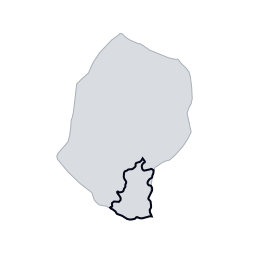 location of Quthing within Lesotho, rotated 339°
{"feature_id": "LSO-1205", "entity_name": "Quthing", "entity_type": "District", "adm_level": 1, "iso_a3": "LSO", "parent_name": "Lesotho", "parent_adm1": "", "projection": "equal_earth", "projection_center": [27.994, -30.33], "detail": "fine", "context": "in_parent", "style": "outline", "palette": "ink", "viewbox_px": 256, "rotation_deg": 339, "n_neighbors": 0, "source": "natural_earth", "source_scale": "10m", "svg_char_len": 2661}
<svg xmlns="http://www.w3.org/2000/svg" viewBox="0 0 256 256"><g transform="rotate(339 128 128)"><path d="M161.7,170.5L155.8,172.6L155.0,172.8L151.2,172.3L146.2,172.8L142.2,174.0L139.1,174.4L134.1,180.7L124.9,197.4L122.5,200.9L121.8,207.4L119.7,212.6L117.1,216.7L114.6,217.7L106.9,216.1L97.2,214.0L91.5,208.9L86.5,202.3L83.8,197.5L81.0,194.9L80.1,193.4L76.1,191.1L74.6,190.0L73.3,189.2L71.7,186.0L70.7,183.2L71.1,175.4L68.3,170.8L63.5,162.9L60.4,156.4L56.2,147.5L53.7,140.0L51.0,132.1L51.4,128.7L53.9,126.4L61.2,122.5L67.0,119.4L71.0,113.8L75.5,105.4L77.7,100.4L79.8,98.1L82.2,94.5L86.4,86.6L91.0,77.9L95.9,68.5L102.2,65.7L110.7,62.6L118.9,54.4L128.7,47.4L144.5,39.9L151.9,38.0L154.7,36.9L156.5,38.3L158.4,42.6L161.0,46.2L167.3,52.5L169.9,54.0L176.3,63.3L183.2,69.7L191.0,77.0L196.4,80.6L199.2,81.7L201.4,88.2L203.7,93.0L205.0,97.5L204.7,101.9L202.1,112.6L198.5,123.6L195.5,128.1L192.0,131.0L188.5,135.3L187.1,144.1L185.5,154.4L180.9,158.7L177.4,161.5L172.5,164.9L161.7,170.5Z" fill="#d9dde1" stroke="#a8b0b8" stroke-width="1"/><path d="M136.7,176.7L135.6,179.1L134.6,180.3L133.9,180.9L133.1,182.2L132.7,182.8L132.0,183.1L130.1,183.4L128.9,184.0L127.5,184.9L126.5,186.2L126.4,187.9L127.1,189.1L128.1,189.6L128.8,190.3L129.0,192.3L128.5,194.2L127.7,195.4L122.1,200.5L121.6,201.5L121.7,202.2L122.5,203.7L122.7,204.6L122.6,205.3L121.5,209.4L121.3,209.9L120.8,210.7L120.2,211.2L119.7,211.6L119.1,212.0L118.7,212.8L118.3,214.6L118.4,216.0L118.5,217.4L118.5,219.1L117.0,218.3L109.2,217.5L107.8,217.0L106.5,216.3L105.9,215.7L105.4,215.1L104.8,214.6L104.1,214.3L103.5,214.4L102.3,215.1L101.6,215.2L98.9,214.8L96.6,214.0L94.6,212.6L91.1,207.9L87.1,204.4L86.7,203.7L86.6,202.9L86.5,202.1L86.3,201.3L84.7,198.7L83.0,196.8L82.8,195.9L83.7,195.6L84.4,195.8L84.9,195.7L85.4,195.0L85.8,193.1L86.3,192.3L88.6,191.6L93.0,193.7L95.3,192.5L96.0,190.8L95.9,189.2L95.0,185.8L94.8,184.9L94.8,184.2L95.1,183.7L95.7,183.6L96.0,183.8L96.5,184.7L96.7,185.0L98.9,185.5L100.1,185.5L101.2,185.0L101.5,184.7L102.6,183.2L104.4,182.0L104.6,181.5L105.0,180.5L105.2,180.0L105.5,179.6L106.3,178.9L106.6,178.6L107.0,177.5L106.9,176.5L106.4,174.3L106.4,173.0L106.6,171.9L108.0,168.9L108.5,168.2L109.0,167.7L109.7,167.3L111.5,167.4L113.2,166.9L113.7,166.9L117.1,167.9L118.3,167.7L120.6,166.9L121.5,166.2L121.9,165.0L122.6,163.8L124.1,163.6L126.9,163.9L129.1,163.0L130.8,161.6L131.3,163.6L131.7,165.1L131.5,165.8L131.2,166.1L129.9,166.2L127.9,167.5L127.4,168.1L127.1,168.8L126.8,170.2L126.7,171.0L126.7,171.6L126.8,172.2L127.1,172.8L127.5,173.3L128.3,173.7L133.9,174.5L134.4,174.5L134.8,174.4L135.2,174.6L135.5,174.8L136.7,176.7L136.7,176.7Z" fill="none" stroke="#020617" stroke-width="2"/></g></svg>